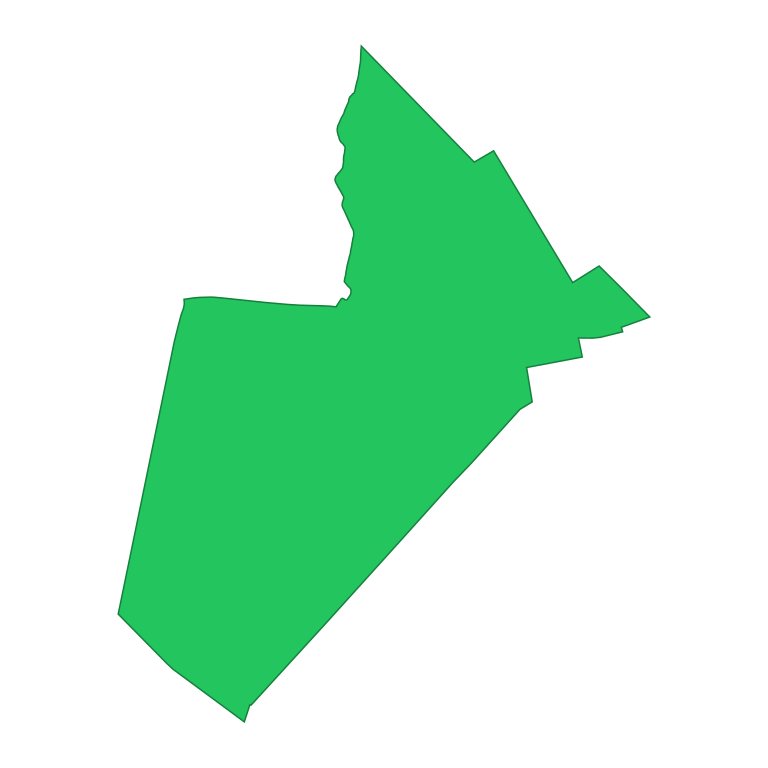 Morón, Buenos Aires, Argentina (Albers equal-area conic projection)
{"feature_id": "61730980B30318397352263", "entity_name": "Morón", "entity_type": "district", "adm_level": 2, "iso_a3": "ARG", "parent_name": "Argentina", "parent_adm1": "Buenos Aires", "projection": "albers", "projection_center": [-58.618, -34.646], "detail": "fine", "context": "isolated", "style": "filled", "palette": "green", "viewbox_px": 768, "rotation_deg": 0, "n_neighbors": 0, "source": "geoboundaries", "source_scale": "gbopen_adm2", "svg_char_len": 2396}
<svg xmlns="http://www.w3.org/2000/svg" viewBox="0 0 768 768"><path d="M649.8,317.0L638.1,305.1L622.1,288.8L599.1,266.0L572.7,282.6L493.6,150.8L474.2,162.1L361.3,46.1L361.2,47.9L360.9,50.3L360.9,51.6L360.7,55.2L360.6,57.3L360.6,59.0L360.5,60.9L360.3,62.9L359.5,67.5L359.3,69.1L359.1,70.7L358.8,72.3L358.7,74.3L358.0,77.7L357.4,80.2L356.7,82.3L356.5,83.5L355.9,86.0L355.6,87.1L355.3,88.8L354.9,90.7L354.5,91.9L353.9,93.2L352.7,93.8L352.0,94.7L349.7,97.2L349.0,98.9L348.7,100.3L348.6,101.7L347.6,103.9L346.6,106.1L346.0,107.6L344.9,109.9L344.4,111.5L343.7,113.9L342.8,115.2L342.1,116.7L341.3,117.9L340.7,119.3L339.9,121.1L338.7,123.9L337.7,126.1L337.5,127.3L337.2,128.9L337.3,131.6L338.0,134.7L338.8,136.9L339.2,138.5L339.7,140.1L341.1,142.3L342.7,143.6L343.6,144.9L344.8,146.5L345.1,147.7L344.8,150.2L344.5,152.8L344.1,154.4L343.6,157.2L343.5,159.9L343.5,161.9L343.1,165.2L342.8,166.9L342.5,168.2L341.1,170.0L339.9,171.7L338.6,172.9L337.4,174.6L336.4,175.6L335.6,177.1L334.9,179.8L335.3,181.2L335.8,182.5L336.4,183.8L337.1,184.8L337.5,185.9L338.9,188.4L339.8,189.8L340.7,191.4L341.4,192.7L342.5,194.7L343.6,196.6L343.7,197.8L343.5,199.4L343.1,200.5L342.5,202.1L342.2,203.4L342.1,204.6L342.2,206.0L342.8,207.8L344.0,210.1L345.7,213.9L346.3,215.2L346.8,216.2L347.9,218.9L349.1,221.3L350.5,224.5L351.4,226.7L352.1,227.9L352.8,229.2L353.6,231.6L353.7,234.8L353.5,236.6L352.9,238.3L352.7,240.2L352.2,242.4L351.8,245.2L351.3,247.7L350.5,251.6L350.4,253.3L349.5,256.1L348.1,261.9L347.2,265.3L346.6,268.8L346.0,271.8L345.8,273.6L345.6,274.9L345.3,276.3L345.0,277.5L344.7,278.7L344.5,280.1L344.3,281.6L345.8,283.5L347.4,285.5L349.0,287.1L350.3,288.5L350.9,289.6L351.0,291.5L350.9,292.8L350.6,294.0L350.0,295.4L348.8,297.1L348.1,298.2L347.1,299.6L346.0,300.1L345.0,299.8L344.2,299.0L342.5,298.3L341.2,298.8L336.8,305.6L336.2,306.8L330.2,306.2L322.0,305.8L299.9,305.2L287.1,304.4L265.6,302.5L221.8,297.9L213.8,297.2L210.5,297.1L207.1,297.2L199.7,297.4L193.8,297.9L184.0,299.3L184.3,302.9L184.1,305.4L183.7,307.4L183.3,308.9L181.2,314.6L178.8,323.6L174.5,340.7L131.1,551.6L118.2,614.1L165.0,661.6L167.0,663.6L172.8,669.1L244.3,721.9L249.9,704.7L251.1,705.1L328.1,620.8L401.2,539.9L437.8,499.2L453.0,482.3L471.3,463.2L520.0,409.3L532.2,401.9L526.6,367.5L582.3,357.0L578.4,338.0L592.8,338.1L600.6,337.3L610.2,334.9L622.7,331.8L621.3,327.3L649.8,317.0Z" fill="#22c55e" stroke="#15803d" stroke-width="1.5"/></svg>